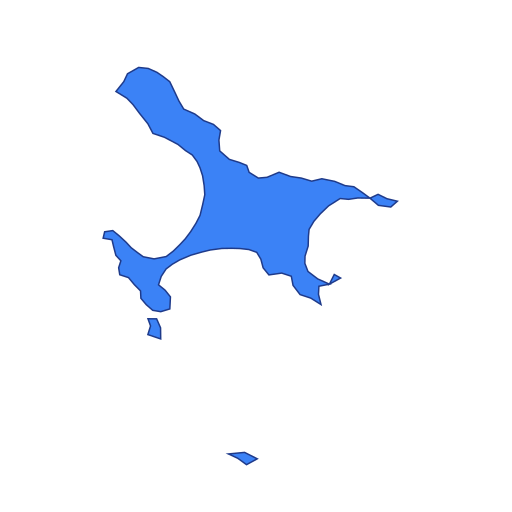 Bombinhas, Santa Catarina, Brazil, rotated 81°
{"feature_id": "56859067B26603049963849", "entity_name": "Bombinhas", "entity_type": "district", "adm_level": 2, "iso_a3": "BRA", "parent_name": "Brazil", "parent_adm1": "Santa Catarina", "projection": "natural_earth1", "projection_center": [-48.508, -27.166], "detail": "fine", "context": "isolated", "style": "filled", "palette": "blue", "viewbox_px": 512, "rotation_deg": 81, "n_neighbors": 0, "source": "geoboundaries", "source_scale": "gbopen_adm2", "svg_char_len": 1876}
<svg xmlns="http://www.w3.org/2000/svg" viewBox="0 0 512 512"><g transform="rotate(81 256 256)"><path d="M295.3,187.9L288.3,198.6L279.4,207.1L270.9,208.9L263.8,207.6L254.3,202.9L244.6,201.1L238.0,199.4L230.8,193.4L224.4,185.9L217.8,176.4L212.4,163.9L214.5,155.7L214.6,146.4L216.7,134.4L210.6,140.4L202.9,148.5L200.4,157.1L194.6,166.6L190.0,178.9L190.8,189.3L186.1,199.1L182.9,209.4L176.9,220.1L180.0,232.8L179.4,241.5L172.3,249.7L165.1,251.0L161.0,257.8L156.4,267.2L146.5,275.4L135.7,274.5L126.6,271.4L119.4,277.4L114.1,286.5L106.2,294.2L99.6,304.4L90.8,307.9L81.1,310.7L70.4,313.9L64.5,319.4L59.1,325.1L53.9,333.1L51.4,342.4L55.9,354.4L63.1,359.3L71.6,368.6L80.0,358.8L87.2,353.8L97.1,348.6L108.5,342.1L118.8,338.6L124.4,327.9L133.6,315.6L140.8,309.2L146.3,303.1L153.5,299.4L160.1,297.5L168.4,296.2L178.4,296.2L187.5,297.0L196.8,300.6L207.1,304.9L214.2,310.1L221.7,316.7L228.0,323.2L233.0,329.6L238.2,336.9L242.5,344.8L242.9,357.1L239.1,367.5L234.1,372.5L228.3,378.0L221.9,382.3L214.9,387.8L208.5,393.5L208.4,401.7L214.5,404.2L217.4,395.7L224.1,395.2L233.4,394.3L239.6,390.2L246.1,393.5L253.2,393.5L257.4,385.3L265.3,380.6L272.4,375.5L279.8,376.3L286.9,372.0L293.5,366.5L296.1,358.8L294.8,349.4L283.0,346.9L275.6,351.1L269.2,356.8L261.3,352.8L254.7,346.8L251.0,339.9L247.9,331.9L245.0,320.2L243.6,308.7L242.9,300.2L243.2,288.5L244.6,278.7L246.1,270.7L248.5,262.0L252.5,254.7L259.9,251.7L268.8,250.8L276.7,246.2L276.9,233.3L281.5,224.3L290.8,224.0L301.0,218.5L306.1,208.6L314.1,199.4L303.6,200.3L295.7,198.6L295.3,187.9ZM323.0,363.1L312.0,361.5L302.5,364.0L301.1,372.5L308.6,371.1L316.7,375.1L323.0,363.1ZM216.7,134.4L225.1,127.2L228.7,115.2L224.0,107.8L219.9,117.7L214.2,125.8L216.7,134.4ZM452.9,305.7L460.6,298.0L456.5,286.5L448.2,298.0L447.2,314.2L452.9,305.7ZM295.3,187.9L291.0,175.9L286.5,181.6L295.3,187.9Z" fill="#3b82f6" stroke="#1e3a8a" stroke-width="1.5"/></g></svg>